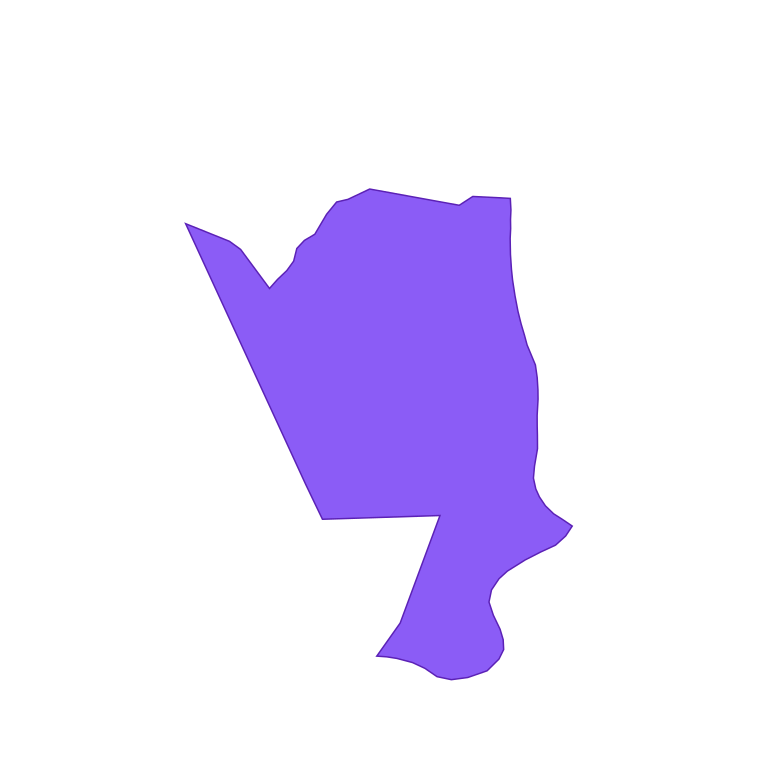 outline of Grossos, Rio Grande do Norte, Brazil, rotated 36°
{"feature_id": "56859067B32451486884913", "entity_name": "Grossos", "entity_type": "district", "adm_level": 2, "iso_a3": "BRA", "parent_name": "Brazil", "parent_adm1": "Rio Grande do Norte", "projection": "natural_earth1", "projection_center": [-37.19, -4.948], "detail": "fine", "context": "isolated", "style": "filled", "palette": "violet", "viewbox_px": 768, "rotation_deg": 36, "n_neighbors": 0, "source": "geoboundaries", "source_scale": "gbopen_adm2", "svg_char_len": 1058}
<svg xmlns="http://www.w3.org/2000/svg" viewBox="0 0 768 768"><g transform="rotate(36 384 384)"><path d="M619.8,388.3L607.4,388.7L597.5,389.3L586.2,387.7L576.1,384.0L568.5,379.7L560.2,372.3L554.0,361.9L546.2,346.1L538.1,335.1L532.6,327.9L526.3,319.3L517.6,305.8L512.1,298.4L504.2,288.8L495.3,279.6L486.3,274.1L476.8,268.3L469.0,262.0L459.6,254.8L449.6,246.4L438.3,235.8L426.9,224.3L419.7,216.3L410.2,204.9L400.6,192.2L395.1,183.8L389.7,176.6L384.4,168.6L377.1,159.6L367.9,165.5L345.6,180.1L339.8,195.2L257.8,234.7L246.3,255.8L238.7,264.6L237.8,280.4L240.0,303.5L235.2,314.6L233.8,325.6L238.7,337.7L238.7,349.4L236.4,361.9L235.2,374.0L188.9,359.4L175.1,359.4L129.3,370.9L379.4,511.1L413.7,529.6L506.6,457.5L537.6,567.9L538.1,608.4L546.6,603.1L555.8,598.4L570.8,592.6L584.2,590.0L598.9,589.6L612.3,583.6L624.3,572.2L636.0,555.4L638.7,539.0L636.9,528.5L630.7,520.8L622.1,514.2L608.4,506.8L597.1,498.7L592.0,487.4L591.5,473.9L593.8,462.8L601.6,443.4L609.3,428.2L617.5,413.5L620.3,400.2L619.8,388.3Z" fill="#8b5cf6" stroke="#5b21b6" stroke-width="1.5"/></g></svg>